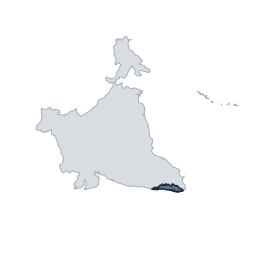 Kerala highlighted on a map of India, rotated 299°
{"feature_id": "IND-2442", "entity_name": "Kerala", "entity_type": "State", "adm_level": 1, "iso_a3": "IND", "parent_name": "India", "parent_adm1": "", "projection": "orthographic", "projection_center": [76.221, 10.533], "detail": "fine", "context": "in_parent", "style": "filled", "palette": "slate", "viewbox_px": 256, "rotation_deg": 299, "n_neighbors": 0, "source": "natural_earth", "source_scale": "10m", "svg_char_len": 7236}
<svg xmlns="http://www.w3.org/2000/svg" viewBox="0 0 256 256"><g transform="rotate(299 128 128)"><path d="M48.9,110.4L52.1,109.8L52.5,107.7L58.2,108.7L62.1,107.3L63.3,108.4L65.2,107.4L63.3,99.8L61.2,99.5L60.4,98.3L60.8,94.8L57.3,93.3L57.6,91.0L62.6,85.8L64.7,87.7L70.6,86.3L73.3,81.7L76.4,80.1L79.1,74.8L81.4,73.9L82.0,71.9L85.9,68.5L85.3,67.6L85.6,64.0L89.6,61.7L89.2,60.8L86.3,60.1L86.2,58.6L84.6,58.5L84.4,57.2L82.9,56.1L83.7,54.3L82.8,53.0L84.2,51.8L82.5,51.0L82.8,50.1L81.9,49.3L82.8,47.8L84.6,47.1L91.7,48.7L96.2,47.3L102.3,43.0L103.5,43.1L103.4,44.4L105.0,48.0L108.4,49.7L107.2,51.4L107.6,54.3L109.4,56.1L110.0,60.0L108.4,60.8L107.2,59.4L105.6,59.9L107.5,63.1L107.6,66.8L109.6,66.3L111.7,68.6L115.2,69.8L115.4,71.1L119.9,73.4L116.8,75.9L115.2,81.2L125.1,86.8L129.6,87.8L130.0,88.7L133.0,89.5L137.4,88.7L140.3,89.8L140.8,91.3L143.9,92.9L145.7,92.3L147.0,93.7L159.1,94.6L159.8,92.5L158.6,90.2L159.0,85.3L161.2,84.4L162.5,84.8L162.5,87.7L163.4,88.9L162.6,89.7L165.1,91.8L168.4,92.3L171.4,91.1L173.6,91.7L180.3,90.8L180.4,88.2L177.6,86.8L177.6,85.6L182.4,84.6L185.4,80.0L188.0,79.3L191.9,75.6L196.0,77.0L198.9,74.4L200.7,75.4L199.7,76.5L200.0,77.4L201.3,76.6L202.4,78.2L201.2,80.4L202.8,80.0L206.7,81.1L207.1,82.8L205.1,85.0L206.7,87.7L204.6,86.5L201.9,87.1L197.0,91.4L197.5,94.7L195.2,99.2L196.1,100.8L193.9,108.0L189.5,107.1L190.4,112.7L189.3,113.3L189.8,118.2L188.7,119.7L187.5,118.9L186.8,119.9L183.9,109.7L182.2,109.8L180.9,114.1L179.8,112.8L179.2,113.4L178.1,110.6L178.8,107.5L181.5,106.7L182.6,105.4L183.0,102.5L184.2,102.1L181.8,100.8L173.1,101.3L169.7,100.7L169.3,96.8L168.3,95.2L167.7,96.5L166.8,96.5L164.6,94.2L163.7,95.2L161.0,93.4L161.5,94.6L159.9,97.5L164.9,101.1L162.3,101.6L160.2,105.1L164.2,107.0L163.7,110.7L164.8,113.2L166.0,113.5L167.5,122.7L166.3,122.2L165.8,123.2L164.9,120.0L164.8,122.8L163.1,122.3L162.2,123.1L162.4,120.0L160.9,118.6L162.2,120.1L161.2,122.0L156.5,124.1L155.3,125.7L156.2,129.0L155.0,131.4L153.0,133.3L152.3,133.1L152.2,134.0L148.5,135.4L148.1,134.2L146.6,135.0L146.3,136.0L147.8,135.8L144.1,139.0L140.5,144.2L130.5,151.7L130.0,155.0L127.2,156.5L124.3,156.5L122.6,160.1L120.6,159.3L118.5,160.5L117.2,164.4L118.9,174.2L118.0,172.8L117.4,173.4L119.1,174.9L115.4,187.6L116.3,188.4L116.3,193.8L113.1,194.2L110.9,198.5L111.4,199.9L113.8,200.8L111.2,200.3L107.8,201.4L106.4,202.7L105.6,205.8L102.3,207.7L99.5,206.3L96.4,202.7L95.0,199.3L94.5,196.3L95.8,198.7L95.1,196.4L91.3,187.5L86.6,180.0L83.3,168.1L80.8,164.5L80.1,160.9L79.2,160.6L77.2,155.9L74.7,142.5L75.5,140.2L75.4,139.4L74.5,140.5L74.4,139.8L74.4,138.5L75.5,138.6L74.3,138.1L73.7,135.2L75.1,130.1L73.6,125.8L74.3,125.2L73.6,125.3L76.5,123.6L73.2,123.9L74.2,122.2L73.1,122.2L73.3,121.1L74.8,120.6L71.2,120.4L71.7,121.5L70.3,123.1L71.5,124.9L70.1,127.1L64.3,129.6L61.2,128.9L53.0,119.9L53.5,119.0L54.7,120.0L59.9,118.4L61.8,115.3L57.0,117.2L54.6,116.6L51.4,114.4L50.2,112.1L52.3,110.5L49.2,111.9L48.9,110.4ZM192.9,183.8L191.7,181.7L193.1,179.5L193.0,172.5L194.1,171.3L193.3,175.0L194.1,177.5L193.4,178.2L192.9,183.8ZM200.6,209.9L200.8,213.0L199.7,211.4L200.6,209.9ZM192.0,189.9L191.2,190.0L191.0,188.7L191.9,187.8L192.0,189.9ZM197.8,205.3L197.8,206.2L197.6,205.4L197.8,205.3ZM198.7,204.0L198.4,205.2L198.4,204.0L198.7,204.0ZM199.8,208.9L199.5,209.9L199.3,209.5L199.8,208.9ZM194.2,198.3L193.6,198.4L193.9,197.9L194.2,198.3ZM192.8,184.2L192.2,184.7L192.5,184.0L192.8,184.2ZM194.5,180.6L194.8,181.4L194.1,180.8L194.5,180.6ZM196.4,203.9L195.9,203.8L196.1,203.3L196.4,203.9ZM192.4,175.1L192.2,176.0L192.3,175.0L192.4,175.1Z" fill="#d9dde1" stroke="#a8b0b8" stroke-width="1"/><path d="M88.3,183.4L88.2,183.4L88.2,183.5L88.1,183.4L88.1,183.2L87.8,182.5L87.7,182.2L87.8,182.0L87.7,182.0L87.5,181.8L87.5,181.6L87.1,180.9L86.9,180.6L86.7,180.2L86.2,179.0L86.1,178.8L86.4,178.7L86.5,178.7L86.7,178.8L86.7,179.0L86.8,179.0L87.0,179.1L87.1,179.3L87.3,179.2L87.6,179.3L87.5,179.5L87.8,179.6L88.0,179.8L88.2,179.7L88.3,179.7L88.6,179.8L88.5,180.0L88.6,180.3L88.7,180.5L88.8,180.6L89.1,180.6L89.0,180.8L89.0,181.0L89.2,181.3L89.3,181.7L89.5,181.7L89.6,181.8L90.2,182.5L90.3,182.6L90.5,182.6L90.8,182.9L91.0,182.9L91.2,183.0L91.3,183.1L91.5,183.1L91.6,183.3L91.6,183.5L91.8,183.6L92.0,183.8L92.4,183.9L92.8,184.0L92.9,183.9L93.1,183.8L93.3,183.7L93.5,183.8L93.5,184.3L93.8,184.3L94.0,184.4L94.1,184.5L94.3,184.7L94.6,184.7L94.7,184.9L94.9,185.1L95.1,185.1L95.3,185.1L95.4,185.5L95.5,185.6L95.3,185.7L95.3,185.8L95.1,186.0L94.9,186.1L94.6,186.0L94.4,186.0L94.4,186.4L94.5,186.6L94.8,186.8L95.5,187.0L95.9,187.3L96.0,187.3L96.1,187.5L96.3,187.6L96.2,187.8L95.9,188.0L95.7,188.2L95.7,188.4L95.8,188.4L96.0,188.4L96.3,188.5L96.9,188.4L97.0,188.4L97.2,188.2L97.3,188.2L97.2,188.4L97.2,188.5L97.4,188.8L97.5,189.3L97.6,189.5L97.3,189.4L97.2,189.4L97.2,189.5L97.1,189.8L97.1,190.0L97.3,190.2L97.7,190.3L98.0,190.5L98.2,190.8L98.4,190.9L98.4,191.1L98.3,191.4L98.3,191.7L98.2,191.8L98.0,192.0L98.0,192.5L98.0,192.8L97.9,193.0L98.0,193.4L98.1,193.6L98.1,193.9L98.1,194.0L98.3,194.1L98.6,194.4L98.8,194.5L99.0,194.4L99.5,194.0L99.9,193.9L100.1,193.7L100.4,193.8L100.5,194.1L100.6,194.4L100.7,194.5L100.8,194.6L100.7,194.8L100.4,195.5L100.5,195.7L100.7,196.1L100.6,196.3L100.5,196.6L100.5,197.1L100.2,198.3L100.3,198.4L100.5,198.5L101.0,198.5L101.3,198.7L101.5,199.0L101.3,199.4L101.1,199.9L101.0,200.2L100.6,201.3L100.5,201.7L100.4,201.8L100.1,202.0L100.3,202.7L100.6,202.9L100.6,203.0L100.5,203.4L100.2,203.9L100.2,204.3L100.3,204.5L100.6,204.7L100.7,204.8L100.8,204.9L100.8,205.0L100.7,205.2L100.6,205.3L100.4,205.3L100.4,205.6L100.3,205.8L100.2,206.0L100.1,206.3L99.8,206.4L99.8,206.5L99.1,206.0L98.9,205.7L98.4,205.0L98.0,204.7L97.5,204.0L97.4,203.9L97.2,203.7L97.0,203.3L96.9,203.2L96.4,202.7L96.5,202.7L96.8,202.5L96.5,202.6L96.5,202.4L96.7,202.2L97.0,202.3L97.0,202.2L96.9,202.1L97.1,202.1L96.9,202.0L96.7,202.1L96.4,202.3L96.4,202.2L96.2,202.3L96.3,202.4L96.2,202.4L96.1,202.0L96.0,201.9L96.0,201.7L95.8,201.4L95.8,201.2L95.8,201.3L95.9,201.0L95.7,200.8L95.6,200.5L95.7,201.1L95.2,200.1L94.9,199.0L94.8,198.1L94.7,197.1L94.5,196.6L94.4,196.2L94.5,196.1L94.7,196.3L94.8,196.4L94.7,196.5L94.6,196.4L94.6,196.6L94.7,196.9L94.8,196.8L94.8,196.7L95.0,197.7L95.0,197.2L95.0,196.8L94.9,196.7L95.0,196.7L95.2,197.0L95.2,197.3L95.2,197.6L95.3,197.8L95.4,198.0L95.1,198.8L95.6,198.9L95.8,199.0L95.9,198.9L96.1,198.8L95.7,198.6L95.5,198.4L95.5,198.1L95.5,197.8L95.5,197.7L95.4,197.7L95.4,197.4L95.3,197.2L95.4,196.9L95.2,196.5L95.2,196.4L94.9,196.2L94.7,196.0L94.6,195.8L94.7,195.7L94.5,195.2L94.4,195.2L94.2,195.2L94.4,195.5L94.5,196.0L94.4,195.9L94.3,195.7L94.1,195.2L94.1,194.9L94.3,194.7L94.5,194.5L94.4,194.4L94.2,194.3L94.2,194.2L94.2,194.4L94.3,194.5L94.2,194.6L93.9,194.5L93.8,194.3L93.7,193.8L93.6,193.5L93.4,193.2L93.3,192.7L93.0,192.4L93.0,192.1L92.6,191.4L92.6,191.2L92.4,190.9L92.3,190.6L92.3,190.1L92.0,189.1L91.4,187.8L91.4,187.6L91.4,187.4L91.2,187.3L91.1,187.1L91.0,186.9L90.7,186.8L90.6,186.7L90.5,186.3L90.5,186.2L90.1,185.4L90.0,185.2L89.2,184.3L88.9,184.1L88.8,183.9L89.4,184.0L89.3,183.9L89.3,183.7L89.2,183.7L89.1,183.8L88.9,183.8L88.8,183.7L88.6,183.5L88.6,183.4L88.8,183.5L88.9,183.4L88.8,183.2L88.8,182.9L89.0,182.9L89.3,182.7L89.1,182.7L88.9,182.6L88.7,182.8L88.4,182.8L88.3,183.4Z" fill="#64748b" stroke="#1e293b" stroke-width="1.5"/></g></svg>